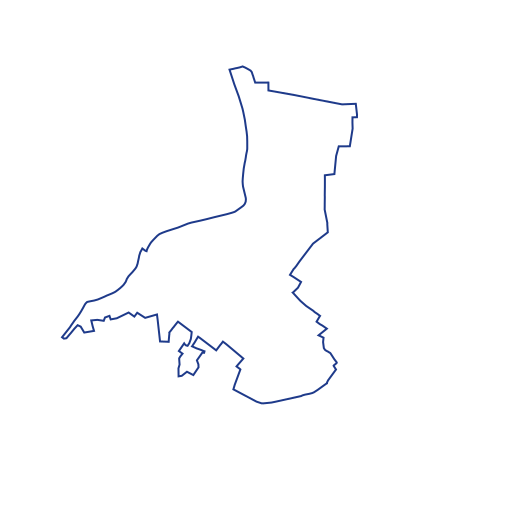 outline of Cau Giay, Ha Noi, Vietnam, rotated 217°
{"feature_id": "81297802B81208073820584", "entity_name": "Cau Giay", "entity_type": "district", "adm_level": 2, "iso_a3": "VNM", "parent_name": "Vietnam", "parent_adm1": "Ha Noi", "projection": "orthographic", "projection_center": [105.795, 21.03], "detail": "fine", "context": "isolated", "style": "outline", "palette": "blue", "viewbox_px": 512, "rotation_deg": 217, "n_neighbors": 0, "source": "geoboundaries", "source_scale": "gbopen_adm2", "svg_char_len": 4302}
<svg xmlns="http://www.w3.org/2000/svg" viewBox="0 0 512 512"><g transform="rotate(217 256 256)"><path d="M345.6,147.0L345.8,146.1L346.8,142.8L347.6,141.1L348.5,139.4L350.5,136.0L351.2,134.9L352.6,132.2L354.2,129.4L356.2,126.0L358.4,123.1L359.3,122.1L360.4,120.9L362.6,118.4L363.2,117.6L363.3,117.2L363.5,115.6L363.5,114.8L363.4,113.8L363.1,111.8L362.9,110.5L362.4,106.5L362.1,103.1L362.0,100.4L362.1,94.3L362.0,93.1L361.9,89.6L361.7,87.1L362.0,74.4L359.7,74.4L359.0,75.1L358.2,75.9L357.9,76.3L357.7,80.3L357.5,83.1L357.3,88.5L356.8,93.4L353.5,94.1L347.1,91.5L340.3,98.7L344.3,101.7L348.8,105.4L344.3,109.5L338.6,112.6L339.6,116.0L337.0,120.0L333.9,117.9L329.7,122.5L323.7,134.2L316.7,134.4L316.7,139.2L307.3,139.9L299.9,149.7L296.2,145.9L281.2,130.0L275.9,133.7L274.1,134.9L275.2,136.6L277.0,139.5L277.4,140.1L278.3,141.7L279.2,142.7L279.1,144.9L279.1,145.2L279.1,145.9L279.1,147.1L279.1,148.3L279.1,148.8L279.0,149.5L279.0,150.5L279.0,151.3L278.9,155.4L278.8,156.6L274.6,156.6L271.1,156.6L267.6,156.6L261.8,156.6L261.6,156.6L259.7,153.4L258.1,150.5L256.8,146.2L256.6,143.1L258.0,142.5L259.7,142.6L260.8,143.0L260.4,133.7L255.9,133.8L256.0,130.1L255.8,128.5L255.8,128.1L255.1,127.2L251.7,123.3L250.3,119.6L245.4,113.3L243.2,115.6L241.5,122.0L234.4,123.2L234.9,132.5L236.8,134.8L240.4,137.1L240.7,146.5L239.2,147.5L239.8,148.9L241.0,148.5L243.4,147.9L247.2,146.7L247.7,146.5L250.9,145.8L252.7,145.4L252.7,146.3L252.8,146.7L252.8,147.2L252.8,147.5L252.9,147.8L252.9,148.6L253.0,150.2L253.2,151.9L253.6,155.6L253.7,156.7L253.4,156.7L251.9,156.8L251.5,156.8L231.0,156.7L231.0,161.8L231.0,163.3L230.9,164.8L230.9,166.4L230.9,167.7L227.6,167.7L225.1,167.6L204.4,166.5L205.0,158.2L205.1,156.1L201.9,156.1L201.0,156.1L200.2,156.0L195.5,140.4L193.8,135.9L167.9,140.0L162.9,141.7L161.8,142.5L161.6,142.6L155.5,148.2L152.6,151.5L135.6,171.4L135.2,172.3L134.7,173.1L133.4,174.8L130.5,178.0L128.6,180.4L127.7,182.0L126.2,186.1L124.6,191.3L123.3,195.5L123.0,196.4L122.7,197.0L123.1,197.5L123.6,200.0L123.8,213.5L127.6,214.9L128.0,215.1L128.0,215.6L127.3,218.4L127.2,218.9L127.3,219.4L127.8,219.7L131.4,220.7L137.9,223.1L138.7,223.2L139.9,223.0L140.7,223.0L142.9,222.6L144.5,222.6L146.4,223.3L150.6,227.6L152.9,231.4L156.0,230.8L158.3,230.3L155.7,240.6L161.1,240.4L164.0,240.0L167.0,240.0L168.1,240.0L168.8,246.3L168.8,246.7L172.4,246.7L175.3,246.5L177.4,246.7L185.8,246.3L191.2,246.7L193.6,246.9L195.9,247.3L204.6,248.9L204.5,249.1L203.4,255.9L204.4,262.4L213.6,261.8L217.5,261.4L217.7,263.7L218.1,268.3L217.9,269.4L217.8,272.2L218.0,277.5L218.0,280.2L217.9,300.2L212.9,318.1L218.3,324.4L218.9,325.3L229.1,334.4L231.0,337.0L232.5,339.0L236.6,344.6L237.5,345.7L240.0,349.1L242.4,352.4L247.2,358.8L248.9,361.0L249.6,361.9L242.7,368.6L252.2,384.1L255.9,393.4L254.0,394.8L247.1,400.1L255.5,415.9L259.2,420.5L262.4,424.8L258.9,427.6L260.4,429.7L267.9,437.6L278.5,428.9L304.2,416.3L321.7,407.9L345.7,395.7L350.5,402.0L350.7,401.9L351.5,401.2L361.0,394.0L363.0,395.4L363.7,395.9L364.6,396.5L365.7,397.3L366.6,398.0L367.9,398.8L370.0,400.3L371.9,400.8L373.7,400.6L375.2,400.4L377.2,400.1L378.9,399.8L379.8,399.5L380.7,399.4L382.1,397.4L382.7,396.6L383.3,395.9L383.8,395.3L384.3,394.7L385.4,393.5L385.8,393.0L387.0,391.5L387.3,391.2L389.3,388.9L376.7,380.1L366.0,373.2L359.5,368.5L355.4,365.5L352.9,363.4L346.9,358.1L342.0,353.2L338.3,349.6L335.1,346.2L332.0,342.3L329.2,338.6L327.7,336.6L327.1,335.7L326.8,335.1L326.4,334.4L325.3,332.0L324.4,330.2L323.5,328.6L322.1,325.9L321.8,325.3L321.1,323.7L318.5,318.6L315.7,313.9L313.2,309.9L311.6,307.5L309.8,305.4L308.2,303.7L299.1,296.2L298.2,295.2L297.0,293.3L296.6,292.0L296.3,290.6L296.4,288.6L297.1,286.1L299.3,279.1L299.9,278.0L301.3,276.0L304.5,271.8L312.5,262.1L317.8,255.5L321.6,250.9L327.7,243.8L329.8,241.0L335.5,231.6L338.3,227.7L342.4,221.9L344.7,218.3L346.3,215.4L347.0,212.8L347.7,207.3L348.0,203.8L347.9,201.9L347.4,197.8L346.9,195.4L346.3,194.0L347.5,193.6L351.3,193.6L350.9,191.1L350.7,189.4L350.3,188.4L349.5,186.1L348.4,183.9L347.0,180.8L345.8,178.3L345.8,178.0L345.2,176.4L344.9,175.1L344.8,173.9L344.8,172.6L345.0,168.7L345.3,166.1L345.4,165.2L345.6,163.0L345.3,159.7L344.9,158.5L344.8,158.0L344.7,157.7L344.6,157.2L344.5,156.8L344.4,153.3L344.7,151.1L344.8,150.6L344.9,150.1L345.2,148.5L345.6,147.0Z" fill="none" stroke="#1e3a8a" stroke-width="2"/></g></svg>